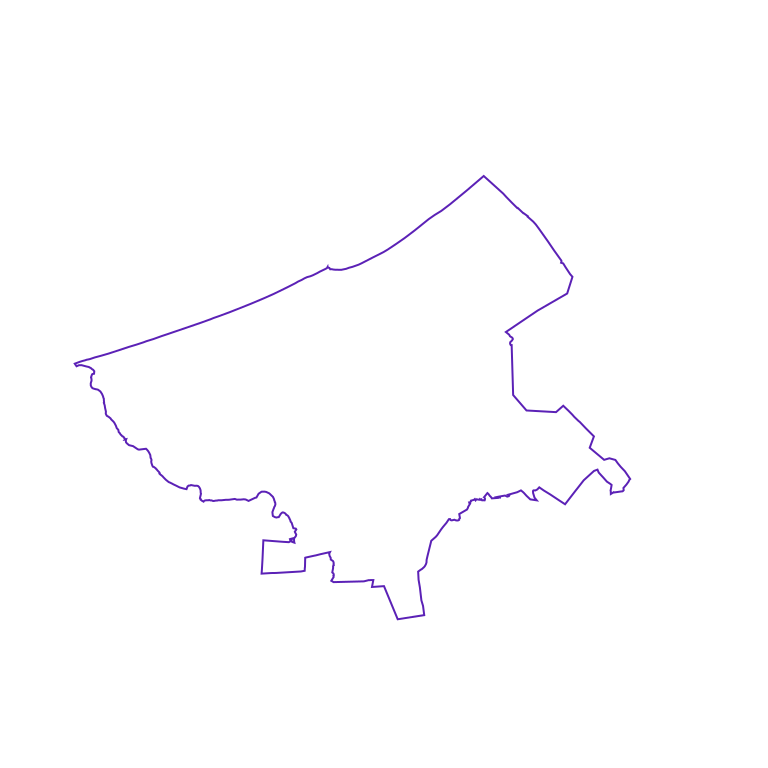 Santiago Pinotepa Nacional, Oaxaca, Mexico (Natural Earth projection), rotated 129°
{"feature_id": "50627088B36163788288008", "entity_name": "Santiago Pinotepa Nacional", "entity_type": "district", "adm_level": 2, "iso_a3": "MEX", "parent_name": "Mexico", "parent_adm1": "Oaxaca", "projection": "natural_earth1", "projection_center": [-98.073, 16.296], "detail": "fine", "context": "isolated", "style": "outline", "palette": "violet", "viewbox_px": 768, "rotation_deg": 129, "n_neighbors": 0, "source": "geoboundaries", "source_scale": "gbopen_adm2", "svg_char_len": 6094}
<svg xmlns="http://www.w3.org/2000/svg" viewBox="0 0 768 768"><g transform="rotate(129 384 384)"><path d="M182.1,305.0L181.5,308.5L178.9,316.7L177.5,320.6L178.3,322.7L177.2,323.1L176.5,323.8L173.2,335.8L170.0,346.4L165.8,361.4L164.5,366.4L163.9,370.2L163.6,377.7L163.1,377.8L163.4,383.2L163.6,383.3L163.0,390.9L163.4,391.1L162.6,399.1L161.7,406.7L161.0,411.2L159.6,437.4L182.2,441.6L202.8,445.8L213.4,448.4L220.8,451.0L227.7,453.0L245.3,456.8L257.5,459.8L267.5,462.7L277.7,465.9L281.8,467.4L292.7,472.3L304.3,477.4L307.2,478.8L312.9,482.3L315.6,484.3L318.3,485.9L322.2,489.1L326.0,494.0L326.8,495.2L327.7,496.9L328.7,498.0L328.2,499.4L328.3,499.5L328.7,501.4L328.6,501.5L329.8,501.3L331.2,501.8L337.1,504.6L339.9,505.7L344.4,507.8L346.7,509.1L349.3,511.0L351.9,512.3L355.0,513.5L358.4,515.2L361.4,516.3L368.6,519.5L383.4,526.4L393.0,531.3L405.7,538.1L424.9,548.9L435.5,555.2L440.0,558.0L442.4,559.3L451.2,564.6L481.3,583.5L486.6,586.9L494.2,591.5L500.3,595.6L502.9,597.1L509.1,601.1L515.7,605.6L533.7,617.2L540.3,621.8L545.4,625.5L549.8,628.3L551.3,629.5L552.2,630.3L553.7,631.2L555.7,632.7L558.1,634.3L562.8,637.1L563.0,636.5L563.7,634.1L561.4,632.9L559.7,630.9L557.7,626.4L556.5,624.0L556.5,623.3L556.1,622.1L556.2,620.3L556.0,619.0L556.4,617.2L558.5,615.8L559.8,616.9L560.7,616.8L563.2,615.9L563.3,615.8L563.2,615.6L564.5,614.2L565.6,613.3L567.0,612.8L568.2,612.2L569.7,610.9L570.5,609.2L570.7,607.9L570.1,606.2L569.4,604.6L568.9,603.8L568.4,602.6L568.3,599.7L569.2,596.9L570.5,594.4L571.2,593.6L571.8,592.4L572.7,591.7L574.7,589.7L575.0,589.8L576.3,587.7L578.3,585.5L580.4,582.8L582.2,581.5L583.1,579.6L583.1,579.1L582.8,577.4L582.8,574.9L583.2,573.8L583.5,570.6L583.8,569.3L585.1,566.2L586.5,563.9L586.8,561.7L588.3,559.9L588.4,559.2L588.5,558.4L588.5,558.1L588.9,557.4L589.1,556.4L589.0,556.1L589.3,554.5L589.3,554.3L589.1,553.9L589.0,553.5L589.1,553.1L589.1,552.6L589.7,551.5L589.5,551.0L589.8,550.3L590.0,550.3L589.1,549.6L590.3,549.2L591.6,547.9L591.9,546.8L592.0,543.7L590.2,539.9L589.7,534.3L589.2,533.1L584.1,528.2L584.2,526.9L584.6,524.9L585.4,522.8L586.3,520.9L588.3,518.9L588.3,518.7L588.6,518.0L589.4,516.8L590.5,516.3L591.7,515.1L593.3,512.6L593.7,511.4L593.3,510.7L593.2,508.3L593.5,507.3L593.4,506.9L593.7,505.9L594.1,502.8L594.8,501.6L595.0,501.7L595.1,500.5L595.0,499.6L595.1,497.7L595.3,496.8L595.7,493.3L595.7,489.5L595.4,488.7L594.7,485.6L594.6,484.8L593.8,481.5L593.0,477.8L591.2,473.6L590.0,471.3L587.3,472.2L585.9,471.9L585.0,470.9L584.0,470.4L582.2,467.0L580.8,465.4L580.3,464.2L580.4,463.0L581.0,461.3L582.0,459.7L584.1,457.8L584.4,457.2L588.6,455.2L589.2,453.9L588.9,453.7L589.3,452.9L589.3,452.0L589.0,450.4L588.8,450.5L587.1,449.8L586.1,448.8L584.9,447.3L584.2,446.9L583.8,445.8L582.9,444.6L582.7,443.7L582.1,442.7L580.4,441.3L579.5,440.2L578.7,439.7L576.6,437.1L573.6,434.1L571.5,431.6L567.2,427.6L566.5,425.6L563.8,422.4L561.8,420.4L560.8,418.8L560.1,415.7L553.5,412.5L552.5,411.7L548.2,412.4L544.8,411.4L542.9,409.2L542.0,407.6L541.2,404.3L541.6,399.3L542.5,397.4L543.0,396.6L543.4,396.2L544.2,394.7L544.6,394.4L544.8,393.7L546.0,392.6L547.5,392.0L548.5,391.9L549.5,391.5L550.0,391.4L553.8,390.1L555.7,388.2L556.5,387.3L556.1,384.9L555.4,383.5L554.3,382.7L553.7,382.0L550.0,382.5L548.3,382.3L547.4,381.8L546.8,380.2L546.8,379.4L546.8,378.6L547.2,377.7L546.9,376.6L546.9,375.9L547.1,374.9L547.8,373.4L547.9,372.9L548.3,372.4L548.9,371.0L549.7,370.0L550.0,368.4L553.1,363.7L551.9,361.5L552.2,360.6L555.0,360.3L556.3,357.4L557.6,356.8L559.9,356.7L561.8,358.1L561.2,356.3L562.9,354.8L563.7,353.8L564.3,355.4L564.6,356.6L563.5,357.6L564.1,358.9L564.9,357.7L566.8,358.4L570.3,363.3L581.4,379.4L596.3,368.4L605.2,362.0L608.4,359.8L601.9,352.7L598.8,349.0L582.0,330.6L579.1,328.1L576.6,329.9L576.0,330.2L568.6,335.9L568.0,335.5L561.0,329.9L560.2,329.2L556.3,326.3L548.6,320.2L550.4,319.8L551.8,318.1L552.6,316.1L553.9,314.9L553.7,312.2L554.1,311.3L554.9,310.3L555.8,309.9L556.3,309.0L557.5,309.0L559.1,307.7L563.0,305.6L563.1,304.0L564.1,302.7L564.9,302.7L565.6,301.7L570.1,301.1L569.7,298.5L550.0,275.4L546.0,272.4L545.6,271.8L544.6,270.8L543.1,268.9L549.3,265.6L541.1,256.8L558.2,225.3L538.3,207.3L531.9,214.0L528.6,218.8L519.5,228.1L514.4,233.9L508.3,239.4L505.6,238.7L503.6,238.0L502.6,237.9L501.7,237.7L500.1,237.6L497.7,238.0L495.9,238.7L493.9,240.2L490.2,242.0L476.1,248.6L470.3,247.6L468.1,247.5L461.0,248.1L457.8,248.2L452.7,248.1L448.2,248.5L447.4,247.7L447.8,246.7L447.7,246.2L447.3,245.5L445.2,243.9L444.8,242.5L444.1,241.3L443.3,240.5L442.3,240.1L441.3,240.7L440.4,240.6L437.7,243.7L429.3,240.5L427.3,240.9L426.5,241.3L422.8,241.8L422.8,242.8L422.5,243.0L422.4,243.2L422.0,242.8L420.8,242.5L419.9,242.7L419.8,242.9L417.4,241.2L416.3,241.0L416.8,239.6L415.4,239.6L414.0,237.1L413.1,237.1L413.2,236.1L412.3,235.7L412.7,234.7L412.0,233.7L411.5,233.4L411.1,232.6L410.6,232.7L409.7,233.2L408.8,234.7L408.9,235.0L403.7,235.0L403.7,233.8L404.4,231.2L404.4,230.4L404.8,228.7L405.0,228.2L401.6,224.6L401.5,225.7L400.4,224.8L400.2,223.8L399.3,222.4L398.5,222.9L398.5,223.2L394.8,220.0L394.5,219.6L394.1,218.1L394.0,217.4L392.6,216.4L391.8,216.5L391.9,217.8L384.3,212.4L380.5,210.6L380.5,208.3L380.6,206.7L381.2,202.9L381.6,197.7L378.3,192.1L377.6,195.5L374.9,199.5L373.5,200.8L373.2,200.9L372.7,200.9L372.4,200.7L371.5,199.4L369.5,198.5L366.6,198.3L366.2,192.8L365.2,185.1L364.2,174.5L363.5,167.6L345.7,168.0L344.0,168.0L333.1,168.2L319.4,166.1L316.2,164.2L317.7,161.4L318.5,156.1L318.6,155.3L319.6,149.3L319.2,145.2L319.2,143.6L321.3,142.4L324.3,140.8L324.7,140.2L326.7,138.5L323.6,137.4L323.7,137.1L318.4,132.2L317.3,131.1L316.5,130.9L315.7,130.9L314.1,132.5L309.6,132.3L306.0,132.5L304.0,133.0L302.9,132.9L300.2,141.9L299.4,148.0L298.5,152.4L297.4,156.4L299.9,162.1L304.4,165.2L304.1,184.0L292.6,187.9L291.4,199.4L290.3,207.9L290.3,209.8L289.8,215.5L289.3,218.4L288.7,223.7L288.1,231.0L297.6,232.6L314.9,256.6L311.3,276.7L273.4,309.3L274.0,310.0L273.4,311.3L272.6,311.9L272.0,312.2L269.7,311.9L268.1,312.1L267.6,312.6L267.3,313.6L267.6,316.1L266.9,317.8L266.9,322.0L230.2,310.8L198.4,298.6L182.1,305.0Z" fill="none" stroke="#5b21b6" stroke-width="2"/></g></svg>